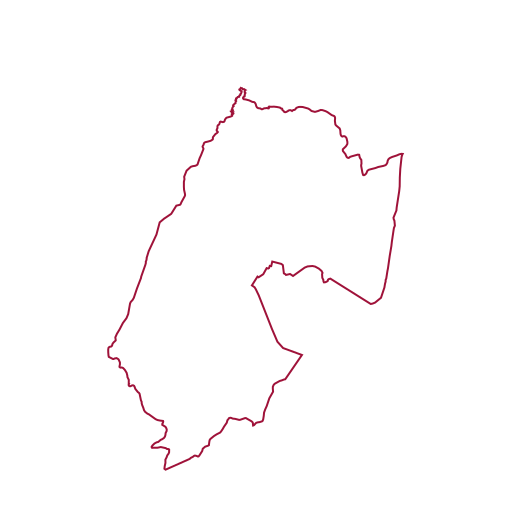 Kerinci, Jambi, Indonesia, rotated 246°
{"feature_id": "22746128B64633952285861", "entity_name": "Kerinci", "entity_type": "district", "adm_level": 2, "iso_a3": "IDN", "parent_name": "Indonesia", "parent_adm1": "Jambi", "projection": "orthographic", "projection_center": [101.649, -2.061], "detail": "fine", "context": "isolated", "style": "outline", "palette": "rose", "viewbox_px": 512, "rotation_deg": 246, "n_neighbors": 0, "source": "geoboundaries", "source_scale": "gbopen_adm2", "svg_char_len": 6041}
<svg xmlns="http://www.w3.org/2000/svg" viewBox="0 0 512 512"><g transform="rotate(246 256 256)"><path d="M235.0,90.8L234.3,89.5L233.8,88.9L232.7,88.1L232.4,87.5L232.2,86.8L232.5,85.7L232.5,84.8L232.1,83.9L230.6,82.9L228.0,81.8L225.2,80.8L223.7,80.5L220.1,83.4L219.8,84.1L219.9,85.1L219.4,87.1L218.0,88.1L217.3,88.4L214.2,88.4L212.5,87.7L210.5,86.3L210.0,86.2L209.2,86.7L208.7,88.1L207.6,89.1L205.1,89.9L201.9,90.3L199.1,89.8L197.6,89.3L194.6,89.4L191.3,87.9L190.9,88.1L190.4,87.4L189.5,87.1L189.0,87.2L188.3,87.8L188.1,88.4L188.2,90.3L187.8,91.2L187.0,91.8L186.0,91.9L183.7,91.7L179.8,92.7L178.6,93.4L177.5,93.6L171.0,92.2L169.2,92.2L168.1,91.7L166.3,91.4L163.2,91.3L160.7,91.0L158.8,91.3L156.1,92.7L155.0,93.7L147.8,97.9L146.2,99.3L144.7,101.4L143.1,104.0L142.7,104.0L141.5,103.2L141.1,102.4L139.9,101.7L136.8,103.8L135.3,104.0L133.9,103.9L132.5,103.2L131.0,101.4L129.4,100.5L128.1,99.4L127.2,97.9L126.8,95.8L126.8,94.1L125.9,91.1L126.2,89.4L126.0,87.0L125.0,84.3L124.1,83.0L123.6,82.9L123.1,83.0L120.9,88.1L120.2,91.3L117.2,95.4L116.0,96.1L115.1,97.7L114.4,97.9L111.9,96.7L111.0,95.7L109.9,93.8L108.4,92.4L106.8,90.4L103.8,89.1L101.1,87.1L98.9,85.8L97.6,86.5L97.6,112.9L98.1,114.3L98.2,116.6L98.6,118.1L98.6,118.8L98.1,119.7L97.2,120.7L96.4,121.4L96.3,122.0L96.8,123.1L99.7,127.5L101.6,129.0L102.5,132.0L102.2,135.0L102.3,136.0L105.3,137.8L106.7,138.8L107.4,139.9L108.6,144.3L109.1,147.6L109.3,151.4L109.9,152.7L111.4,155.1L113.1,157.4L115.6,161.5L117.6,163.1L118.1,164.3L118.8,165.2L118.8,165.8L118.7,166.7L118.0,167.7L117.0,168.5L115.7,170.7L113.1,174.0L112.8,175.0L112.4,179.9L112.1,180.8L106.8,184.7L105.6,185.2L104.6,185.2L102.8,184.5L102.3,184.4L102.3,185.5L103.3,187.7L103.5,188.4L103.3,190.0L102.8,191.7L102.5,194.2L102.7,195.0L103.8,196.1L106.7,198.0L109.7,199.7L112.1,202.0L114.5,204.7L120.6,210.3L125.1,216.4L128.2,217.5L129.7,218.2L131.2,219.9L131.7,221.3L132.2,226.9L131.9,228.8L131.8,231.3L131.5,232.6L146.9,257.7L160.9,243.3L169.0,240.7L182.7,240.9L219.0,242.5L225.6,242.3L228.0,242.0L230.8,240.3L236.6,249.0L235.5,249.7L236.4,255.2L240.6,260.8L239.6,262.0L239.7,263.0L241.4,264.6L240.6,265.8L244.3,268.6L238.5,275.9L236.8,276.8L236.3,276.7L228.8,274.4L227.3,275.5L226.5,275.7L225.7,279.8L222.7,281.7L225.6,295.8L225.5,298.9L223.9,303.5L222.3,305.7L218.9,308.3L215.7,309.8L213.5,309.9L212.6,309.0L209.1,307.7L206.7,307.8L205.8,307.4L204.3,307.3L203.9,308.2L203.8,310.1L204.1,311.5L204.9,312.0L205.3,312.8L205.1,314.7L165.5,341.3L165.1,343.2L165.0,345.8L167.0,353.2L175.0,360.5L178.2,362.6L179.9,364.0L181.4,364.7L182.4,365.8L188.9,370.0L191.0,371.5L201.7,378.2L210.0,383.7L213.9,386.0L223.2,391.9L225.5,393.4L227.2,395.2L231.9,396.8L233.7,396.8L235.1,397.2L240.5,402.8L243.2,404.3L257.0,413.2L261.2,415.6L269.2,419.3L277.0,423.3L287.3,429.3L288.8,430.6L289.6,431.5L290.2,430.4L290.6,428.2L290.6,425.5L291.1,420.8L291.1,418.8L291.0,417.7L290.5,416.3L289.4,415.0L287.9,414.0L286.9,412.7L286.3,411.4L286.5,409.0L287.6,403.9L287.8,400.8L288.9,394.3L288.6,392.5L286.5,390.2L285.9,388.5L285.9,387.5L286.2,387.0L286.5,386.8L288.9,387.1L295.5,388.7L296.5,389.2L297.4,389.9L300.9,391.3L302.9,390.9L304.2,390.9L306.5,391.4L307.2,390.2L308.1,384.2L308.3,382.4L307.9,380.8L308.0,380.3L308.7,379.5L309.8,379.1L312.8,379.1L316.5,378.1L317.6,378.4L318.2,378.8L319.6,382.7L321.0,384.8L321.7,385.3L323.1,385.9L326.6,386.6L327.6,386.5L328.8,386.1L329.6,385.3L329.9,384.5L330.0,383.4L330.7,382.9L331.8,382.7L333.2,382.9L336.5,384.1L338.5,384.3L342.6,382.3L343.8,382.0L347.3,383.0L349.9,384.4L351.3,384.6L352.1,384.3L353.9,382.5L358.4,379.8L360.0,378.5L362.2,376.1L363.1,374.5L363.2,371.8L363.6,368.9L363.8,368.3L365.9,365.7L368.3,364.5L369.6,363.5L373.1,359.3L374.3,356.9L374.8,355.5L374.9,353.2L373.9,351.3L373.9,350.1L374.2,349.5L373.8,347.9L374.4,347.6L375.3,346.6L375.5,346.1L375.7,344.8L375.4,344.1L375.3,342.1L375.5,341.1L376.1,340.4L377.3,340.2L378.2,339.7L378.8,339.5L379.8,339.8L380.1,339.7L380.9,338.6L381.8,338.3L383.7,335.6L385.1,333.2L386.3,330.2L387.2,328.8L387.0,328.2L386.0,328.1L385.7,327.6L386.0,327.0L386.8,326.1L387.1,324.9L387.6,323.5L387.5,321.5L387.8,320.8L389.0,320.0L390.2,318.1L391.4,317.3L393.0,317.2L394.6,317.5L395.4,317.5L396.6,317.3L397.4,316.8L398.3,315.3L400.9,313.1L403.1,310.4L404.3,308.5L405.3,308.3L405.8,308.5L406.6,309.6L406.7,310.1L406.4,310.4L406.5,310.6L407.1,310.8L407.5,311.2L408.4,311.5L408.9,312.4L409.3,312.7L409.7,312.6L409.8,312.3L410.5,312.3L411.1,312.8L412.0,313.2L412.0,313.8L413.4,312.9L413.8,311.5L415.1,311.4L415.5,310.5L415.7,310.4L414.9,309.2L414.9,308.5L414.7,308.4L413.8,308.8L412.2,309.8L411.5,309.4L411.0,308.8L410.4,308.4L410.2,307.4L409.4,307.1L409.3,306.0L408.3,305.4L408.7,303.9L408.1,303.0L408.2,302.1L408.0,301.8L407.1,301.6L406.7,300.6L405.6,300.9L404.9,299.8L403.9,299.4L403.7,298.1L403.0,296.4L402.0,296.5L401.8,295.8L400.6,294.3L399.2,294.2L399.4,293.6L399.4,293.3L398.7,293.0L398.0,293.5L398.2,292.0L396.7,292.4L396.4,293.2L395.6,293.5L395.2,293.1L395.6,292.2L395.4,291.5L394.4,291.6L393.8,291.3L393.7,290.9L393.7,289.4L394.3,285.5L394.2,284.9L393.3,283.2L392.0,282.1L391.6,281.3L391.8,280.1L393.2,278.3L393.1,277.6L391.2,275.9L390.9,274.3L390.3,273.6L388.5,272.8L387.4,271.5L386.6,271.1L386.2,271.1L385.1,271.6L384.7,271.5L384.2,270.3L383.9,268.5L382.2,265.2L381.5,264.6L380.6,264.3L380.1,263.9L379.8,262.5L379.7,261.3L380.1,258.5L380.6,256.0L380.5,255.0L380.1,254.2L379.1,253.5L378.1,252.1L377.7,251.7L377.0,251.6L375.6,251.7L374.9,251.3L370.3,246.6L368.3,244.3L363.4,239.8L363.1,238.8L363.1,237.3L363.8,234.6L364.0,232.8L362.2,227.3L357.6,222.6L355.3,221.9L353.1,220.3L348.4,218.2L345.7,217.2L341.8,216.4L340.5,216.0L339.6,215.2L335.6,209.9L333.9,208.0L333.7,207.4L334.4,203.7L329.0,195.7L327.6,187.9L327.6,187.6L325.9,181.7L316.1,173.8L304.0,159.9L298.6,155.2L298.1,155.1L296.8,154.2L295.5,152.9L294.5,152.6L292.9,151.3L283.8,142.7L282.7,142.0L274.7,134.0L267.5,127.4L266.1,125.5L264.9,122.8L263.8,121.6L254.9,115.6L251.9,112.4L248.9,107.1L244.4,101.5L241.5,97.3L238.9,94.4L236.1,93.6L235.8,93.2L235.0,90.8Z" fill="none" stroke="#9f1239" stroke-width="2"/></g></svg>